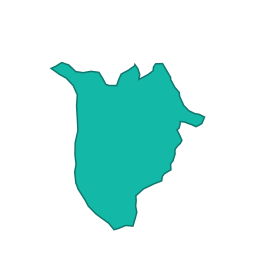 outline of Oskarshamn, Kalmar, Sweden, rotated 152°
{"feature_id": "70781695B81120519064145", "entity_name": "Oskarshamn", "entity_type": "district", "adm_level": 2, "iso_a3": "SWE", "parent_name": "Sweden", "parent_adm1": "Kalmar", "projection": "albers", "projection_center": [16.317, 57.382], "detail": "fine", "context": "isolated", "style": "filled", "palette": "teal", "viewbox_px": 256, "rotation_deg": 152, "n_neighbors": 0, "source": "geoboundaries", "source_scale": "gbopen_adm2", "svg_char_len": 1171}
<svg xmlns="http://www.w3.org/2000/svg" viewBox="0 0 256 256"><g transform="rotate(152 128 128)"><path d="M167.9,216.7L167.3,215.5L163.2,207.3L159.1,201.0L156.4,191.0L157.2,181.0L163.1,171.5L168.9,158.8L173.4,149.3L181.5,139.8L187.3,129.4L190.9,120.4L195.8,114.0L199.8,104.1L200.7,97.3L199.7,84.7L199.7,77.5L196.5,66.8L189.7,52.9L188.1,44.8L184.7,44.0L175.7,43.0L169.7,39.1L163.8,45.1L159.8,49.5L157.9,55.5L154.9,60.0L152.9,64.5L143.0,67.0L131.0,66.5L123.8,65.6L123.1,65.5L120.6,69.0L117.6,70.5L109.7,71.0L107.2,76.4L103.7,77.9L100.1,81.5L98.7,82.9L96.7,86.9L92.7,88.9L89.2,89.8L86.2,91.8L85.7,98.8L85.7,103.3L83.2,103.8L80.7,106.3L78.7,109.2L74.7,106.2L72.7,103.7L70.3,101.2L67.3,97.2L60.8,97.2L55.3,101.7L58.8,106.7L62.2,109.2L66.2,114.7L68.2,121.7L67.6,131.7L66.1,135.2L67.6,142.2L67.6,150.7L66.6,152.7L67.3,168.7L68.5,169.2L73.5,171.7L77.0,169.7L79.0,166.7L86.0,165.7L95.6,165.8L92.5,169.8L91.5,175.8L92.1,180.8L93.0,179.8L100.5,178.8L108.6,178.8L112.6,175.8L118.1,170.8L124.6,174.3L127.1,176.8L127.1,183.8L127.6,190.8L134.1,195.4L141.7,197.9L147.7,202.4L150.7,211.4L155.8,216.9L162.8,216.4L167.9,216.7Z" fill="#14b8a6" stroke="#0f766e" stroke-width="1.5"/></g></svg>